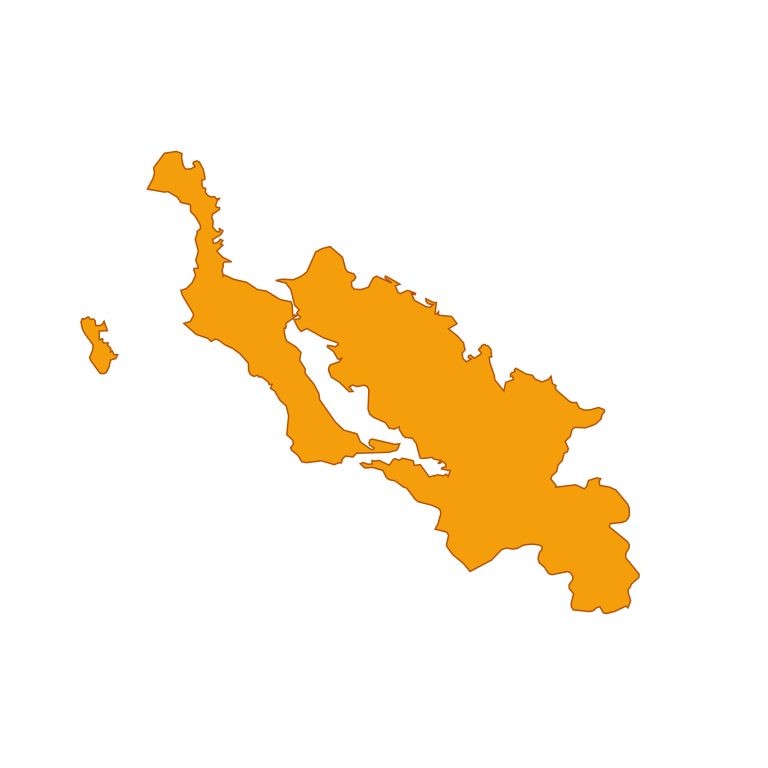 an SVG outline of Stereá Elláda, rotated 200°
{"feature_id": "GRC-2989", "entity_name": "Stereá Elláda", "entity_type": "Region", "adm_level": 1, "iso_a3": "GRC", "parent_name": "Greece", "parent_adm1": "", "projection": "natural_earth1", "projection_center": [23.212, 38.602], "detail": "fine", "context": "isolated", "style": "filled", "palette": "amber", "viewbox_px": 768, "rotation_deg": 200, "n_neighbors": 0, "source": "natural_earth", "source_scale": "10m", "svg_char_len": 6157}
<svg xmlns="http://www.w3.org/2000/svg" viewBox="0 0 768 768"><g transform="rotate(200 384 384)"><path d="M379.0,301.0L376.7,303.1L371.6,303.1L367.8,304.8L369.1,308.1L366.4,308.3L362.7,310.5L351.3,309.5L349.5,316.4L348.2,317.5L343.6,317.6L341.2,320.6L330.3,321.9L327.7,317.9L322.3,320.6L309.8,312.2L302.3,317.0L297.0,318.0L294.6,320.6L292.0,318.9L292.0,325.2L300.9,323.8L300.8,325.2L297.3,327.5L299.1,330.2L302.7,331.2L304.6,328.3L305.9,328.3L304.6,331.6L311.9,330.5L313.4,331.6L322.5,327.1L324.8,326.9L333.1,338.8L338.7,342.8L345.6,341.1L348.1,341.8L353.7,346.2L355.1,348.9L358.8,345.2L363.9,344.2L369.5,348.2L382.6,349.1L387.3,350.9L390.5,355.2L396.2,373.3L398.8,375.8L402.3,376.1L408.4,372.3L413.2,372.3L415.7,369.4L410.6,366.4L414.0,364.8L426.4,370.4L436.0,372.5L440.7,377.7L441.5,380.9L441.0,383.7L433.7,389.5L432.2,394.7L434.1,392.0L436.3,391.9L442.4,397.2L450.0,399.5L450.0,401.1L442.3,402.5L440.3,405.8L441.4,406.8L456.8,406.7L475.4,409.8L479.8,405.0L484.2,407.4L490.6,413.7L485.4,416.7L485.4,418.4L489.6,419.9L490.3,421.4L489.2,424.7L494.9,427.5L503.8,440.8L510.7,445.3L521.2,444.2L515.4,447.7L505.0,450.9L498.7,456.7L494.8,463.0L493.3,484.8L488.3,490.2L481.6,494.7L466.4,488.9L459.3,478.7L456.4,477.0L449.8,477.1L447.0,474.7L447.6,471.6L449.5,468.8L447.6,464.7L444.7,462.9L437.9,464.9L431.8,469.5L430.4,480.0L428.0,482.7L411.2,481.5L419.3,484.1L419.7,485.7L418.9,486.0L403.2,483.2L407.0,480.0L402.2,474.9L399.7,474.5L393.8,480.1L385.4,480.0L385.4,478.5L389.1,478.5L384.1,473.0L370.6,471.0L367.2,471.7L365.1,475.2L370.3,474.5L372.6,475.9L373.8,478.5L365.2,477.4L362.6,478.5L360.1,467.3L358.8,467.3L357.5,470.6L356.3,467.3L343.6,470.6L336.0,465.7L342.3,457.9L331.9,454.4L323.4,449.9L319.5,443.7L321.2,439.7L318.6,435.0L314.2,433.0L310.6,437.3L313.9,437.7L314.1,439.5L312.4,440.8L307.9,439.0L303.2,445.3L303.2,446.7L306.8,448.4L306.8,449.9L305.2,451.3L305.6,453.1L303.5,455.4L298.6,455.2L295.5,453.1L292.0,446.4L294.3,445.3L291.8,440.2L283.0,429.4L281.3,425.8L269.0,418.4L270.2,427.1L263.8,432.6L266.1,435.3L267.7,434.1L268.4,436.3L268.0,438.0L265.2,440.4L266.4,442.0L265.4,443.9L254.3,442.0L247.4,442.9L244.0,440.3L236.3,439.9L231.0,444.6L229.7,448.4L225.9,442.0L221.7,441.3L222.1,439.0L219.3,437.0L203.9,431.1L200.3,430.9L196.9,432.6L192.5,428.3L187.0,428.0L181.7,430.0L174.2,435.4L168.2,435.1L167.3,433.5L168.6,429.7L168.1,425.2L171.9,418.2L179.5,411.8L189.9,408.4L191.7,405.6L191.0,398.5L194.1,392.1L188.6,386.2L188.6,383.0L191.0,380.3L190.3,373.2L192.7,367.3L191.8,360.9L194.8,355.0L194.8,351.8L187.7,347.6L187.4,345.7L169.5,354.8L159.8,354.0L158.6,356.9L158.8,363.3L152.0,368.5L148.0,369.1L148.5,366.1L146.6,362.6L136.5,364.2L130.0,363.8L114.1,354.5L111.3,351.5L108.6,344.8L108.5,341.6L109.8,338.1L112.9,335.4L123.6,330.1L123.5,326.9L101.3,319.1L98.5,316.8L97.7,313.6L98.8,307.4L97.5,303.5L79.2,292.5L78.4,289.3L83.2,280.5L83.1,277.4L84.3,274.4L82.9,271.0L78.1,264.7L78.1,257.1L80.6,258.1L89.3,249.3L96.0,244.7L99.4,243.9L105.1,248.6L108.2,245.9L109.4,242.9L113.1,240.4L128.9,236.5L131.8,238.8L133.1,242.1L134.1,251.7L140.0,255.2L141.4,258.5L139.7,264.6L141.0,267.9L143.9,270.2L147.1,270.7L161.0,262.2L164.4,262.1L170.7,266.8L176.9,269.1L179.5,272.6L180.3,279.0L179.1,282.0L179.9,285.3L183.0,285.8L189.9,284.3L197.7,280.5L202.7,275.0L206.3,273.0L213.1,271.6L217.0,268.4L222.6,255.5L239.0,237.3L247.9,242.5L260.9,247.1L267.3,251.3L270.2,253.6L271.5,263.9L274.4,266.3L286.4,265.1L285.4,270.6L286.2,280.8L287.5,284.2L290.4,285.9L297.6,286.5L311.6,285.0L315.3,286.3L327.0,293.9L330.3,293.8L340.2,296.7L346.9,295.9L350.0,297.1L355.5,302.4L366.2,301.7L373.3,298.5L379.0,301.0ZM673.0,486.2L671.4,497.7L671.7,503.5L674.4,508.5L669.3,525.7L658.7,531.5L652.7,531.5L651.6,527.4L647.3,520.5L643.9,518.0L639.0,520.2L635.9,523.7L638.9,525.7L638.9,527.4L636.1,529.7L633.3,529.4L627.1,523.7L622.5,516.2L622.5,514.8L624.9,513.1L622.6,507.9L620.9,506.4L618.5,506.8L617.4,503.0L614.2,500.9L610.4,500.6L607.2,502.1L604.7,500.6L602.1,502.1L602.3,500.6L603.4,500.4L603.4,494.2L601.9,492.9L598.8,493.5L598.2,491.8L603.3,484.6L602.9,481.7L600.2,478.6L598.6,472.7L593.3,470.0L590.7,470.6L591.8,473.8L587.7,472.8L588.5,468.5L594.4,461.2L592.6,458.1L591.2,458.2L588.0,461.2L587.5,463.9L584.5,463.8L585.5,459.4L582.9,459.4L586.7,451.6L578.9,447.9L568.9,446.7L575.3,444.3L576.6,442.0L575.2,439.9L575.2,435.9L572.0,430.4L571.4,431.8L560.7,431.0L548.0,432.6L535.3,429.4L526.2,431.1L510.6,427.8L499.4,429.4L497.4,427.1L493.0,416.7L491.7,418.3L489.2,418.4L496.9,407.5L495.5,404.3L495.5,402.5L496.8,402.5L496.8,401.1L492.9,394.3L490.3,391.2L479.2,388.7L472.8,385.2L471.4,377.5L463.2,371.3L461.8,367.0L449.9,359.9L441.8,352.6L439.1,347.2L416.9,331.7L406.0,326.9L392.3,327.9L386.3,321.4L373.9,318.1L371.5,318.9L371.5,320.6L376.6,321.7L378.1,323.7L377.9,326.9L376.2,328.2L353.0,331.0L348.8,333.3L348.9,328.1L349.6,326.0L356.5,321.3L386.2,309.5L388.1,304.8L395.6,303.1L397.5,299.0L397.0,295.3L399.7,294.4L403.1,291.2L416.4,290.5L429.9,283.6L434.7,282.8L440.4,287.5L448.1,290.2L449.9,292.2L448.6,296.6L450.5,300.0L458.0,303.1L462.7,321.4L468.2,329.8L476.3,333.2L484.3,340.0L489.1,341.1L489.1,345.4L491.6,344.2L493.9,346.5L501.7,348.9L503.6,347.7L505.6,348.9L509.1,346.6L512.8,347.3L515.8,350.2L518.6,357.2L529.5,363.1L537.8,365.6L546.7,366.4L554.4,368.7L557.9,368.5L561.1,364.8L565.1,366.7L577.5,366.4L592.8,372.5L587.4,376.5L586.4,382.8L587.4,385.0L604.0,398.6L606.9,402.5L602.3,406.1L598.9,413.6L598.2,421.6L601.9,426.4L601.9,427.8L598.4,429.0L599.0,431.0L603.2,435.9L603.9,445.4L610.9,455.5L611.0,461.7L611.9,463.2L609.6,467.3L611.0,470.4L618.4,476.8L624.8,480.0L626.8,485.4L628.0,486.2L636.9,485.1L642.1,488.9L652.7,490.9L656.2,489.2L673.0,486.2ZM686.2,332.5L689.9,338.5L689.9,342.2L687.6,342.8L685.2,345.7L683.9,345.9L682.4,344.2L679.3,345.7L677.2,344.8L674.8,340.3L671.3,341.5L669.1,343.6L668.5,347.2L662.1,339.5L669.8,336.3L666.6,328.1L664.6,330.1L663.6,330.1L662.9,327.5L661.3,326.7L657.1,328.3L657.1,325.9L652.9,324.1L652.0,320.6L650.7,322.2L647.7,319.1L644.3,320.6L644.8,316.2L649.1,313.0L648.2,306.3L648.8,300.0L650.7,297.9L654.4,296.9L667.2,305.4L669.7,308.1L669.4,315.9L670.6,321.2L682.4,329.0L686.2,332.5Z" fill="#f59e0b" stroke="#b45309" stroke-width="1.5"/></g></svg>